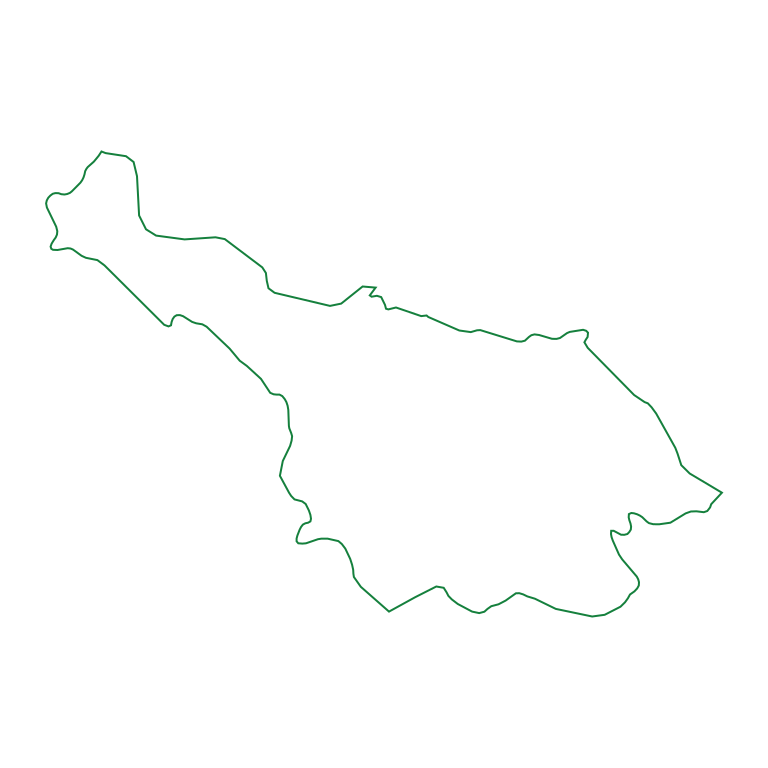 outline of Cavan
{"feature_id": "IRL-79", "entity_name": "Cavan", "entity_type": "County", "adm_level": 1, "iso_a3": "IRL", "parent_name": "Ireland", "parent_adm1": "", "projection": "mercator", "projection_center": [-7.418, 54.036], "detail": "fine", "context": "isolated", "style": "outline", "palette": "green", "viewbox_px": 768, "rotation_deg": 0, "n_neighbors": 0, "source": "natural_earth", "source_scale": "10m", "svg_char_len": 2933}
<svg xmlns="http://www.w3.org/2000/svg" viewBox="0 0 768 768"><path d="M101.5,151.5L105.6,153.1L126.0,156.2L133.6,162.0L137.0,176.2L139.1,215.5L146.0,229.3L156.1,235.6L184.6,239.4L215.5,237.3L224.8,239.1L262.3,267.4L265.9,273.0L266.8,280.9L268.5,288.3L274.6,292.8L330.0,305.9L341.2,303.6L362.6,286.5L375.6,287.6L369.8,295.4L371.6,296.7L376.9,295.8L381.2,297.1L385.0,304.9L386.0,308.7L388.3,309.4L396.0,307.5L421.2,316.1L426.6,315.5L428.3,317.0L459.3,330.5L470.8,332.1L477.0,330.3L480.3,330.1L516.9,341.4L521.3,341.6L524.9,340.7L529.0,336.9L531.4,335.2L534.5,334.4L539.1,335.0L552.0,338.8L556.5,338.9L560.0,338.0L567.0,333.1L569.8,331.9L583.1,329.8L586.2,330.8L588.0,332.7L587.6,337.0L585.8,339.7L584.4,342.3L587.7,347.8L634.1,395.0L644.6,402.1L647.8,403.3L651.6,407.3L656.2,413.6L675.3,447.8L677.5,453.5L681.3,465.2L689.7,473.5L721.9,492.7L711.2,504.2L710.1,507.4L707.3,511.0L703.8,512.2L696.4,511.3L690.9,511.5L685.6,513.4L670.4,522.7L659.0,524.3L653.2,524.2L648.9,523.1L646.6,521.4L642.3,517.2L639.9,515.6L637.2,514.3L634.0,513.3L631.3,513.0L628.9,514.1L628.7,517.4L629.4,520.4L630.5,523.5L631.1,526.6L630.8,529.6L629.3,532.0L627.4,534.0L624.3,534.8L621.0,534.7L613.7,530.8L611.2,530.8L611.0,534.0L611.6,537.2L612.8,540.6L619.0,554.6L622.2,559.4L636.8,576.6L638.2,579.3L639.0,582.2L638.8,585.5L637.2,588.4L634.4,591.4L630.0,594.5L627.9,598.3L625.0,602.3L620.5,606.7L604.7,614.8L592.2,616.5L555.8,608.9L534.9,598.7L527.3,596.4L523.2,594.4L519.3,593.2L515.9,593.3L505.6,600.6L498.5,604.3L491.3,606.2L487.5,608.9L484.4,611.7L479.2,613.1L472.1,611.6L457.8,604.0L451.8,599.4L448.4,595.9L446.6,592.4L443.7,587.8L436.3,586.5L415.2,597.2L389.0,611.6L360.8,586.8L353.9,577.0L353.4,573.7L353.2,569.9L352.1,564.8L350.2,558.9L345.3,548.6L341.8,544.0L338.4,541.1L327.8,538.7L321.2,538.7L318.0,539.2L306.0,543.3L302.4,543.6L298.3,543.3L296.6,541.3L296.6,538.5L297.4,535.5L299.7,529.6L301.1,526.9L302.9,524.6L305.3,523.3L308.1,522.7L310.4,521.4L311.0,518.8L310.4,514.9L308.9,510.5L305.7,504.0L302.2,501.4L294.5,499.4L291.2,496.0L289.1,492.8L279.9,475.8L282.8,461.0L290.1,445.9L291.6,440.6L292.1,436.2L291.2,433.1L289.3,428.3L288.9,426.0L288.3,409.9L287.6,405.7L286.4,402.1L284.8,399.2L282.3,396.1L279.5,394.6L276.7,394.6L273.6,394.3L270.2,392.8L261.0,378.9L246.8,365.9L239.7,360.7L229.6,348.6L206.6,326.7L202.3,324.3L196.2,323.3L192.1,321.9L183.1,316.2L179.9,315.1L176.7,315.2L174.4,316.6L172.7,319.0L171.6,322.0L171.0,325.3L168.5,326.4L164.2,324.8L104.5,265.4L97.4,260.1L85.9,257.8L81.6,255.8L72.9,249.5L70.5,248.5L67.7,248.2L57.5,250.0L53.0,249.8L51.3,248.8L50.6,246.6L51.6,243.7L53.8,240.1L55.7,237.5L57.0,234.5L57.3,231.2L56.2,226.7L46.9,207.5L46.1,203.4L46.8,200.4L48.3,197.7L50.3,195.6L52.7,193.8L55.3,193.1L58.6,193.2L61.3,194.2L64.5,194.5L67.2,194.0L69.9,192.9L71.8,191.4L80.4,182.7L82.1,180.3L83.5,177.5L84.5,174.4L85.2,171.1L86.5,168.7L87.8,167.0L93.9,161.6L98.6,155.9L101.5,151.5Z" fill="none" stroke="#15803d" stroke-width="2"/></svg>